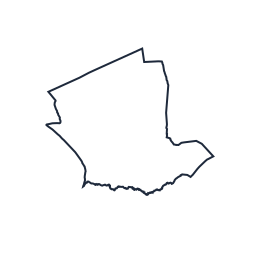 outline of Kajiado Central, Rift Valley, Kenya, rotated 126°
{"feature_id": "3690345B79073906522262", "entity_name": "Kajiado Central", "entity_type": "district", "adm_level": 2, "iso_a3": "KEN", "parent_name": "Kenya", "parent_adm1": "Rift Valley", "projection": "albers", "projection_center": [36.936, -2.176], "detail": "fine", "context": "isolated", "style": "outline", "palette": "slate", "viewbox_px": 256, "rotation_deg": 126, "n_neighbors": 0, "source": "geoboundaries", "source_scale": "gbopen_adm2", "svg_char_len": 5605}
<svg xmlns="http://www.w3.org/2000/svg" viewBox="0 0 256 256"><g transform="rotate(126 128 128)"><path d="M130.8,48.6L129.9,48.5L127.8,48.1L120.3,47.8L117.4,47.5L109.2,46.0L107.6,45.6L107.1,45.5L106.9,45.4L106.5,45.2L105.9,44.8L104.0,43.9L100.8,42.3L99.9,46.7L97.4,59.0L98.3,65.2L106.6,74.1L108.6,76.1L112.1,77.2L113.2,78.9L113.4,79.0L113.9,80.3L114.0,80.6L114.2,80.9L114.4,81.2L113.5,83.7L113.4,84.5L113.0,85.8L112.6,86.3L112.6,86.7L112.5,86.9L111.7,87.6L111.8,88.4L112.8,91.2L111.7,91.7L110.9,92.3L110.7,92.3L110.4,92.6L110.2,93.0L109.6,93.2L109.6,93.5L106.5,95.5L105.9,95.8L105.6,96.4L105.5,96.9L105.0,97.3L103.4,97.9L102.8,98.3L102.2,98.6L93.3,106.1L69.6,120.6L68.4,122.4L68.1,122.6L67.6,123.1L66.8,124.0L66.5,124.9L66.3,125.2L65.6,125.7L64.9,126.5L64.3,126.9L64.0,127.5L63.8,127.9L62.7,129.4L62.1,130.4L61.5,131.0L60.7,132.3L59.0,134.0L58.1,134.9L56.5,136.5L56.3,136.8L56.0,137.5L55.7,137.9L55.0,138.6L54.3,139.7L56.1,142.5L65.1,153.7L55.4,163.2L101.1,189.2L106.3,192.1L115.8,196.8L145.5,213.7L148.0,204.0L148.2,203.1L148.4,202.7L148.7,202.5L150.2,202.3L150.9,202.0L152.2,201.2L152.5,201.0L154.9,197.6L155.1,197.2L156.0,195.3L157.1,194.4L157.2,194.0L157.3,193.2L157.8,192.7L158.2,192.4L158.4,192.1L159.5,189.4L160.0,189.0L160.7,188.7L161.1,188.2L161.4,187.6L161.9,186.8L162.9,186.1L163.7,185.9L164.5,186.3L165.1,187.3L167.0,189.9L168.7,192.0L171.1,194.1L172.9,195.8L173.2,195.9L173.5,195.8L173.6,195.3L173.7,193.2L173.6,188.2L174.4,181.1L174.5,178.8L175.3,175.1L175.5,172.8L178.6,156.4L181.1,148.8L182.0,146.2L182.8,144.7L183.2,144.4L183.4,144.0L183.8,142.7L184.5,141.2L184.6,140.5L184.7,140.4L185.3,139.8L185.9,139.0L186.9,137.9L188.0,136.8L188.7,136.6L190.4,135.7L192.2,134.8L193.6,133.9L194.3,133.1L195.4,132.2L195.7,132.0L198.0,131.2L199.9,130.4L200.5,130.3L200.9,130.2L201.2,130.1L201.7,129.9L200.8,129.6L200.5,129.6L200.2,129.6L199.4,130.2L199.2,130.2L198.9,130.1L198.5,129.8L198.2,129.8L197.7,130.1L197.4,130.2L197.2,130.1L197.0,129.8L196.6,129.2L196.4,129.1L196.2,129.1L195.5,129.4L195.3,129.4L194.7,128.7L194.6,128.4L194.5,128.2L194.6,127.5L194.6,127.2L194.4,126.5L194.4,126.3L194.5,125.5L194.4,125.0L193.9,124.4L193.6,123.9L193.4,123.3L193.2,122.5L193.1,121.6L193.0,121.4L192.8,121.5L192.6,121.4L192.6,121.1L192.7,120.9L193.0,120.7L192.9,120.6L192.6,120.5L192.0,120.5L191.6,120.3L191.6,120.2L191.7,119.3L191.7,119.1L191.4,119.0L190.9,119.0L190.5,118.7L190.3,118.3L190.2,117.8L190.3,116.7L190.1,116.1L190.0,115.5L189.8,115.1L189.7,114.9L188.7,114.4L188.4,113.9L187.7,113.6L187.4,113.3L187.3,113.0L187.2,112.8L187.3,112.3L187.3,111.8L187.2,111.6L186.9,111.2L186.6,111.0L185.9,110.8L185.8,110.6L185.8,110.4L185.8,110.1L185.6,110.2L185.3,110.4L185.1,110.3L184.9,109.9L185.0,109.6L185.5,109.3L185.6,109.1L185.2,108.9L185.2,108.7L185.7,108.3L186.5,107.9L186.9,107.5L187.0,106.8L187.3,106.5L187.3,106.2L187.1,105.9L187.1,105.0L186.6,104.6L186.3,104.2L186.3,103.9L186.4,103.5L186.5,103.0L186.5,102.5L186.4,102.3L186.2,102.2L186.0,102.3L185.8,102.6L185.7,102.6L185.0,102.5L184.4,102.6L184.2,102.6L183.6,101.7L183.4,101.6L183.0,101.6L182.3,101.7L181.8,101.7L181.0,101.5L180.8,101.4L180.7,101.2L181.0,100.7L180.9,100.6L180.7,100.4L180.3,100.3L180.2,100.2L180.0,99.5L179.4,98.6L178.9,98.0L178.5,97.6L178.5,97.3L178.7,96.6L178.7,95.8L178.7,95.5L178.6,95.3L178.2,95.0L178.1,94.9L178.3,94.4L178.2,94.1L178.2,93.8L178.2,93.7L177.7,93.6L177.6,92.9L177.2,92.5L176.8,92.6L176.6,92.7L176.2,92.6L175.3,92.8L175.1,92.7L175.0,92.3L174.3,91.2L174.2,90.6L174.1,90.4L173.7,90.2L173.4,90.0L173.3,89.8L173.3,89.6L173.4,89.4L174.2,88.9L174.4,88.7L174.4,88.4L174.3,88.2L174.1,88.2L173.5,88.3L173.4,88.3L173.3,88.1L173.3,87.9L173.4,87.7L173.7,87.4L174.1,87.0L174.4,86.5L174.2,86.3L173.8,86.3L173.4,86.2L172.9,85.9L172.8,85.7L172.9,85.3L172.9,85.1L172.6,85.1L172.2,84.9L171.5,84.8L171.4,84.6L171.7,84.4L171.7,84.0L171.6,83.8L171.3,83.8L171.0,83.5L170.9,83.3L171.1,83.1L171.6,83.0L171.7,82.9L171.7,82.7L171.1,82.3L170.9,82.0L171.1,81.9L170.9,81.5L171.1,81.0L170.8,80.4L171.1,79.3L170.9,79.0L170.7,79.0L170.6,78.8L170.7,78.6L170.6,78.4L170.8,78.4L171.1,77.9L171.1,77.6L170.9,77.3L171.1,77.3L171.2,76.7L171.0,76.2L171.0,75.7L171.1,75.2L170.8,75.0L170.7,74.7L170.8,74.6L171.0,74.5L171.2,74.2L171.2,73.8L170.8,73.4L170.8,73.2L170.6,73.1L170.4,73.0L170.3,73.4L170.0,73.3L169.1,72.9L168.8,73.2L168.7,72.9L168.2,72.8L167.9,72.3L167.7,72.3L167.6,72.0L167.2,71.5L167.0,71.4L166.8,71.8L166.7,71.7L166.6,71.4L166.4,71.5L166.2,71.4L166.0,71.2L166.2,70.8L166.1,70.6L165.7,70.5L165.7,70.2L165.5,70.3L165.3,70.2L165.0,70.4L164.3,69.9L164.1,69.8L163.7,69.7L163.3,69.9L163.1,69.7L162.9,69.6L162.8,69.4L162.5,69.3L162.2,69.0L161.9,68.9L161.7,68.8L161.4,68.9L161.1,68.5L161.0,68.4L160.7,68.5L160.6,68.4L160.8,68.0L160.6,67.3L160.6,67.2L160.4,66.8L160.1,66.8L159.8,66.4L159.8,66.2L159.9,65.9L159.8,65.7L159.5,65.8L159.1,65.6L158.6,65.7L158.3,65.5L158.1,65.4L158.1,65.2L157.9,65.0L157.4,64.8L157.1,64.8L156.6,65.0L156.4,65.0L156.2,65.2L156.1,65.4L155.9,65.3L155.5,65.5L154.6,65.5L154.3,65.6L154.1,65.6L153.6,65.4L153.3,65.2L153.1,65.2L152.7,65.0L152.2,64.9L151.8,64.6L151.8,64.3L151.6,64.2L151.4,64.1L150.3,64.2L149.8,64.3L149.3,63.9L149.1,63.9L149.0,63.7L149.3,63.2L149.3,62.8L149.2,62.6L149.0,62.4L148.6,62.2L148.4,62.2L147.9,62.0L147.7,61.8L147.2,61.4L147.2,60.9L147.1,60.6L147.2,60.3L147.4,60.1L147.5,59.8L147.2,59.6L146.8,59.4L146.6,59.4L146.1,59.1L145.9,59.1L145.5,59.2L144.4,59.2L144.1,59.3L143.5,59.3L142.8,59.6L141.2,59.5L140.4,59.3L140.1,59.1L138.8,58.8L137.8,58.4L135.9,57.4L135.8,57.6L135.6,57.7L135.2,57.7L134.2,56.9L133.9,56.9L133.7,56.9L133.6,56.7L131.1,52.4L130.8,48.6Z" fill="none" stroke="#1e293b" stroke-width="2"/></g></svg>